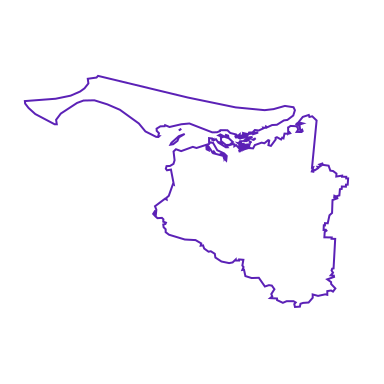 Fraser Coast, Queensland, Australia (Equal Earth projection), rotated 264°
{"feature_id": "25037944B97488266373518", "entity_name": "Fraser Coast", "entity_type": "district", "adm_level": 2, "iso_a3": "AUS", "parent_name": "Australia", "parent_adm1": "Queensland", "projection": "equal_earth", "projection_center": [152.962, -25.342], "detail": "fine", "context": "isolated", "style": "outline", "palette": "violet", "viewbox_px": 384, "rotation_deg": 264, "n_neighbors": 0, "source": "geoboundaries", "source_scale": "gbopen_adm2", "svg_char_len": 6143}
<svg xmlns="http://www.w3.org/2000/svg" viewBox="0 0 384 384"><g transform="rotate(264 192 192)"><path d="M119.8,214.0L117.4,221.5L117.7,225.0L120.3,228.4L119.3,228.3L118.9,231.6L120.0,231.8L119.2,236.0L113.6,234.4L112.0,235.4L109.2,233.9L109.3,235.6L102.8,236.3L100.2,242.3L99.7,249.5L90.4,254.6L91.3,258.8L90.6,261.6L86.7,263.8L82.2,260.2L79.8,260.9L78.3,258.7L77.2,265.4L75.6,265.3L72.3,270.8L73.5,274.7L72.8,281.5L71.3,283.6L69.8,282.0L66.9,282.4L66.7,287.3L69.5,288.2L70.1,290.9L69.9,296.4L74.2,301.0L77.5,301.3L75.5,306.5L76.3,313.8L75.6,315.8L79.3,316.2L79.5,320.0L78.2,321.8L81.1,324.5L85.9,320.8L87.9,320.9L91.0,317.4L92.7,324.4L94.0,324.3L94.6,321.3L97.0,323.8L99.4,322.6L101.1,323.4L101.2,324.8L130.4,329.5L130.9,325.9L132.2,326.2L133.1,318.9L138.4,319.8L139.5,321.7L140.5,321.1L140.5,318.9L145.1,319.6L144.9,320.7L147.1,321.0L146.7,323.7L154.5,326.3L156.5,329.1L169.3,330.9L170.5,335.9L171.6,335.7L171.9,332.9L173.4,333.2L172.6,334.7L173.2,338.2L179.3,339.4L179.4,341.2L181.8,341.6L181.2,345.6L183.2,345.9L183.0,347.6L189.2,348.7L189.4,346.8L191.0,347.0L191.5,342.8L192.6,343.0L192.3,337.1L195.2,337.6L198.1,334.5L198.8,331.8L203.9,330.6L205.3,325.0L206.7,324.6L206.0,321.6L204.6,323.0L203.6,321.2L203.9,319.4L202.5,319.9L200.7,316.3L201.8,314.9L199.5,314.7L199.9,313.3L203.9,315.1L203.7,313.9L250.1,323.4L254.7,319.5L254.4,316.6L256.4,316.2L255.1,310.0L249.4,304.4L249.6,305.5L248.4,306.0L249.4,307.3L248.6,309.5L247.8,305.9L241.6,306.1L242.5,308.0L241.0,308.4L240.2,307.2L240.8,302.4L242.7,304.0L245.3,303.8L246.6,302.1L247.4,296.9L246.1,294.6L246.9,294.4L240.1,293.8L241.2,295.2L240.2,295.8L239.9,293.9L240.4,290.1L235.8,288.6L236.6,287.4L234.9,286.1L237.6,282.2L237.2,280.8L235.5,280.7L229.6,275.3L230.6,272.9L235.1,274.2L235.6,273.2L232.9,269.1L233.8,266.4L232.1,259.4L229.0,257.3L229.8,252.8L228.8,247.5L228.9,247.1L229.4,246.3L229.5,245.6L228.1,245.7L228.1,243.9L226.6,243.7L228.3,243.3L229.1,244.4L234.0,240.8L233.1,238.9L235.0,239.1L235.4,237.9L234.1,231.0L232.8,231.9L232.9,230.4L238.3,223.4L242.0,221.3L241.1,219.0L242.3,219.0L241.8,217.7L243.1,217.6L243.8,214.6L239.8,214.2L238.6,218.1L230.9,221.5L227.0,228.0L224.2,230.3L219.7,229.3L222.0,227.4L224.6,227.0L228.4,217.0L235.0,213.5L234.9,212.6L231.7,213.0L232.9,211.0L235.3,211.0L238.0,213.9L235.3,201.1L236.8,197.5L233.8,185.5L236.2,180.5L234.2,177.9L225.4,178.0L221.9,176.5L220.2,172.8L220.4,169.4L217.9,168.4L216.2,169.4L216.5,173.4L201.3,174.7L201.9,173.9L190.6,168.5L188.3,165.1L187.6,166.0L187.1,166.0L188.1,164.4L181.7,153.7L178.1,154.7L171.4,153.3L169.6,154.9L169.4,159.4L167.8,160.7L165.5,160.3L164.2,162.9L163.0,162.2L162.7,160.0L159.9,160.1L157.7,161.9L154.8,161.6L151.9,164.7L145.5,179.9L143.8,190.5L139.9,195.8L137.7,195.0L137.8,197.4L134.5,198.2L130.9,202.2L131.1,204.5L128.2,208.2L124.4,208.4L119.8,214.0ZM260.5,188.5L260.4,196.6L249.2,218.4L248.8,223.1L249.6,226.1L250.2,226.1L250.5,227.0L249.7,233.7L246.7,236.2L244.6,241.9L242.8,243.3L244.4,245.5L242.6,245.6L242.7,249.1L242.9,248.7L242.9,248.1L243.0,247.9L244.2,248.6L243.2,249.2L243.0,248.0L243.0,248.7L242.3,250.5L241.3,251.6L243.1,253.7L243.1,251.3L243.7,252.4L244.2,249.8L244.3,249.9L244.9,249.4L245.2,249.3L243.6,253.9L245.2,255.0L244.9,258.4L247.1,261.0L246.2,264.8L248.0,270.1L248.1,269.8L248.6,269.6L248.1,272.2L249.4,272.5L248.5,273.6L250.2,278.6L250.0,283.5L253.6,290.9L253.7,294.4L257.5,300.7L262.6,302.9L265.7,301.8L267.9,293.4L265.9,281.8L265.8,272.8L271.6,244.2L286.4,197.7L317.3,110.7L315.8,109.0L315.5,100.2L310.8,100.3L306.3,95.9L303.6,91.2L300.5,81.4L299.0,66.1L299.9,35.3L297.4,35.3L292.7,38.2L285.9,44.3L273.7,62.5L273.5,64.6L278.0,64.4L283.7,69.7L292.6,87.0L294.3,93.7L293.4,104.5L288.0,117.0L281.3,128.9L265.7,146.3L257.1,152.0L250.6,162.1L250.2,164.3L250.9,165.2L251.0,164.2L253.9,165.3L256.5,163.3L258.7,163.4L260.6,167.4L260.3,171.7L261.3,172.2L259.0,176.4L260.5,188.5ZM235.0,234.3L237.4,237.9L241.7,234.1L243.7,229.6L243.0,226.4L239.6,226.3L235.2,230.7L235.0,234.3ZM248.9,184.7L243.1,176.7L241.3,175.5L241.5,178.3L244.4,182.9L247.7,184.7L250.5,190.8L248.9,184.7ZM241.9,250.5L242.5,249.0L242.4,244.5L241.9,245.4L240.4,246.0L240.7,250.3L241.4,250.8L241.5,249.7L241.8,249.4L241.9,250.5ZM231.4,250.6L232.0,253.7L233.5,254.4L233.4,249.8L231.4,250.6ZM243.1,258.9L244.2,264.0L244.7,259.0L243.1,258.9ZM172.4,152.5L175.8,153.8L176.7,153.0L174.3,151.1L172.4,152.5ZM244.7,228.6L246.3,226.2L245.5,224.3L244.2,226.8L244.7,228.6ZM240.4,257.8L240.4,253.6L239.1,251.7L238.8,254.8L240.4,257.8ZM231.6,247.6L232.0,248.7L234.2,248.1L233.3,245.3L231.6,247.6ZM237.9,254.5L238.6,250.7L237.4,248.8L236.9,251.4L237.9,254.5ZM243.8,254.7L243.8,258.2L244.9,256.0L243.8,254.7ZM230.6,245.8L228.8,247.7L230.6,249.0L230.6,245.8ZM235.8,242.8L233.9,244.5L234.8,246.2L235.8,242.8ZM233.2,242.9L231.0,245.1L232.5,244.8L233.2,242.9ZM245.6,230.9L243.1,233.9L244.3,233.8L245.6,230.9ZM238.8,260.9L237.7,257.9L237.4,258.5L237.5,259.1L238.8,260.9ZM242.6,242.5L241.1,244.6L240.8,245.5L241.9,245.3L242.6,242.5ZM229.2,216.9L228.6,218.8L230.1,217.9L229.2,216.9ZM225.7,227.6L226.7,225.8L226.8,223.6L225.9,225.1L225.7,227.6ZM237.3,246.8L237.5,245.1L236.9,244.6L236.3,246.0L237.3,246.8ZM248.6,302.9L247.5,304.4L249.4,304.0L249.1,303.4L248.6,302.9ZM222.2,227.7L223.6,228.5L224.0,227.7L222.2,227.7ZM231.1,245.5L231.4,247.1L232.3,245.4L231.1,245.5ZM223.9,228.6L225.3,227.9L225.6,226.5L224.2,227.8L223.9,228.6ZM243.7,240.7L241.7,241.3L241.1,242.1L243.7,240.7ZM228.9,244.8L229.7,245.3L230.3,244.3L228.9,244.8ZM236.7,228.0L237.7,227.2L238.0,226.3L237.5,226.7L236.7,228.0ZM235.6,254.7L235.9,255.7L236.1,254.0L235.6,254.7ZM254.7,185.3L255.1,186.6L256.0,187.9L254.7,185.3ZM229.4,250.4L229.8,251.0L229.8,249.3L229.4,250.4ZM240.5,244.7L241.0,244.7L240.9,244.1L240.5,244.7ZM229.9,249.3L230.3,250.2L230.4,249.2L229.9,249.3ZM230.6,245.6L230.3,245.0L229.8,245.7L230.6,245.6ZM231.0,251.8L230.7,252.7L230.9,253.3L231.2,253.0L231.0,251.8ZM235.6,256.6L235.5,255.5L235.4,255.5L235.6,256.6ZM242.7,244.9L243.4,245.1L242.6,244.2L242.7,244.9ZM230.2,251.6L230.5,253.0L230.3,251.3L230.2,251.6ZM230.6,248.2L231.0,248.3L230.8,247.6L230.6,248.2ZM234.3,248.6L234.1,248.4L233.5,248.9L234.3,248.6Z" fill="none" stroke="#5b21b6" stroke-width="2"/></g></svg>